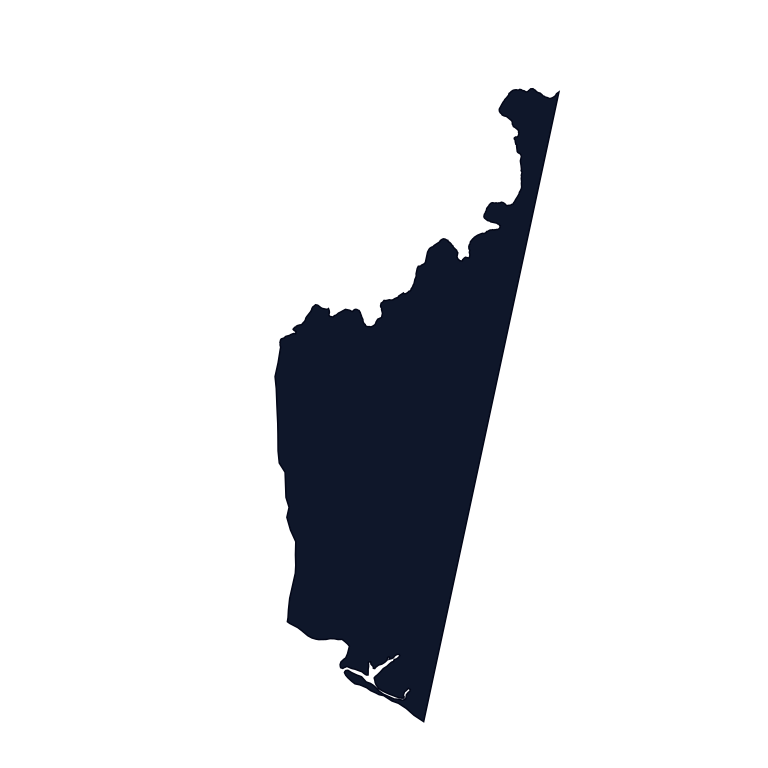 the district of Juan Francisco Bulnes, Gracias a Dios, Honduras, rotated 192°
{"feature_id": "27666195B12686081930969", "entity_name": "Juan Francisco Bulnes", "entity_type": "district", "adm_level": 2, "iso_a3": "HND", "parent_name": "Honduras", "parent_adm1": "Gracias a Dios", "projection": "orthographic", "projection_center": [-84.929, 15.724], "detail": "fine", "context": "isolated", "style": "filled", "palette": "ink", "viewbox_px": 768, "rotation_deg": 192, "n_neighbors": 0, "source": "geoboundaries", "source_scale": "gbopen_adm2", "svg_char_len": 6094}
<svg xmlns="http://www.w3.org/2000/svg" viewBox="0 0 768 768"><g transform="rotate(192 384 384)"><path d="M429.1,131.4L426.4,130.2L422.4,129.1L417.7,127.8L413.5,125.8L406.1,121.9L401.7,120.6L397.6,120.3L394.9,120.4L390.9,121.3L387.6,122.1L383.9,123.7L379.5,124.5L375.8,124.5L371.9,125.5L368.5,123.8L365.7,122.2L363.3,120.3L363.4,117.8L363.5,115.1L363.6,112.5L364.5,108.1L366.0,106.5L368.3,103.2L368.6,100.5L368.1,98.9L367.4,97.5L365.2,97.2L363.9,98.4L362.8,99.1L361.8,99.9L360.7,99.9L358.1,99.3L356.0,99.0L353.0,99.0L348.5,98.3L345.6,97.9L343.8,96.9L341.8,96.0L340.4,95.7L339.1,96.1L339.5,98.4L340.2,101.8L340.3,104.3L340.7,106.1L341.4,108.4L340.3,109.3L339.3,109.6L338.5,107.3L337.3,106.4L335.8,105.4L335.3,103.7L333.9,103.7L333.2,105.2L330.8,108.0L327.9,109.5L325.5,111.8L323.6,114.5L323.6,117.1L322.6,118.3L321.6,117.8L321.8,115.8L319.7,116.9L317.9,118.2L317.2,120.0L315.1,122.2L312.9,122.6L312.0,121.6L312.7,120.0L313.8,118.6L314.7,117.6L316.7,116.6L317.0,114.6L318.8,113.5L320.5,111.3L322.5,108.4L325.5,105.5L327.8,101.4L330.0,98.1L331.7,96.1L332.5,94.4L331.3,92.1L330.6,90.2L329.2,88.1L325.9,85.1L322.9,83.8L319.2,82.8L314.8,81.8L310.8,81.2L307.1,80.6L303.5,80.3L301.3,80.4L299.2,80.9L299.3,82.3L300.3,83.3L300.3,84.7L299.9,87.3L298.7,88.6L297.6,90.3L296.9,91.4L294.7,90.6L294.9,88.8L296.2,87.3L297.5,84.7L297.3,82.9L297.3,80.3L299.9,78.6L304.5,78.6L308.4,78.0L313.6,79.1L319.9,80.4L324.6,82.4L328.9,85.4L331.9,87.1L335.0,88.3L339.5,88.9L345.1,93.0L350.2,93.7L355.7,95.0L359.8,96.5L361.8,95.8L362.5,94.6L362.7,93.5L360.9,91.2L358.3,89.2L353.8,86.5L350.1,84.7L345.1,84.7L337.8,83.3L333.3,81.3L327.8,80.1L324.2,79.1L319.5,79.1L310.3,75.6L303.6,74.7L294.8,71.3L285.6,66.1L275.0,62.0L273.6,706.0L275.6,703.8L276.1,702.1L276.7,701.0L278.4,699.3L280.1,698.1L281.8,697.6L283.4,698.1L286.2,698.2L286.8,698.7L287.9,698.7L289.0,699.3L289.6,699.8L291.8,701.0L293.5,701.0L295.2,701.5L296.3,702.1L296.9,702.7L298.5,703.2L299.7,703.8L301.9,703.2L303.0,701.5L303.6,701.0L304.1,699.9L305.3,699.3L306.4,699.3L307.5,699.9L309.7,699.9L310.9,700.4L312.5,700.4L313.7,699.3L315.9,699.3L317.6,698.7L318.7,698.2L320.4,696.5L321.0,695.4L322.1,694.2L322.1,692.6L323.8,689.2L324.9,687.5L325.4,685.8L326.0,684.7L327.1,681.3L327.7,679.1L328.3,677.4L328.3,676.2L327.7,674.6L327.1,674.0L326.6,673.4L325.5,672.9L324.3,671.7L322.1,671.2L319.9,671.2L315.4,668.9L314.3,668.3L313.7,667.8L313.1,667.2L312.6,665.5L312.6,665.0L312.0,664.4L310.9,662.7L309.2,662.2L305.9,660.5L304.8,659.3L304.8,658.2L304.2,657.6L304.2,654.8L304.8,653.7L305.3,653.1L306.4,653.1L307.6,652.0L307.6,650.9L306.4,649.8L305.9,648.1L304.8,645.8L303.7,645.3L303.7,644.1L302.0,639.1L301.4,638.5L300.3,637.9L299.2,637.9L297.5,636.3L296.9,635.1L297.0,630.6L296.4,628.9L295.3,626.1L294.2,622.7L294.2,621.1L293.0,619.9L293.1,616.6L292.5,615.4L292.5,613.7L291.4,610.4L291.4,609.2L290.8,607.0L290.3,605.3L290.3,603.6L290.8,601.4L291.4,599.7L291.4,598.0L292.5,594.6L293.6,591.8L294.2,589.5L294.8,588.4L295.3,586.7L296.4,586.2L297.6,585.0L298.1,585.0L299.8,584.5L300.9,583.9L302.1,584.5L302.6,585.0L303.7,585.6L305.4,586.2L307.1,586.2L308.2,585.1L309.3,585.1L309.9,584.5L312.1,584.5L313.3,583.9L315.5,583.9L316.6,583.4L317.2,582.8L318.3,581.1L318.3,580.6L320.0,577.2L320.0,574.9L320.5,573.2L320.5,572.1L321.1,571.0L321.1,568.7L320.6,567.6L320.0,567.1L316.6,565.4L314.4,565.4L313.3,564.8L307.1,564.8L306.0,564.2L304.9,564.2L303.8,563.1L303.2,563.1L303.2,560.8L303.8,559.7L304.3,559.2L305.4,558.6L306.0,558.6L307.1,558.0L307.7,558.0L308.2,557.5L309.9,557.5L311.0,556.9L311.6,556.9L312.2,556.4L312.7,556.4L314.4,554.7L315.0,554.7L315.5,554.1L315.5,553.5L316.7,552.4L317.8,551.9L318.9,551.9L320.0,551.3L323.4,549.0L326.2,546.2L326.7,545.1L327.3,544.5L329.0,541.2L329.0,538.9L329.5,537.8L329.6,536.1L329.0,533.9L327.9,532.7L327.9,530.5L326.8,528.2L326.8,525.4L327.3,524.9L330.7,524.9L331.8,523.7L332.4,522.6L332.9,522.0L332.9,520.9L333.5,520.4L335.7,520.4L336.3,520.9L337.4,521.5L338.0,522.0L339.1,523.7L339.1,527.7L340.2,528.8L340.8,529.9L341.9,530.5L343.6,531.6L344.7,532.2L345.2,533.3L346.4,533.9L347.5,535.0L349.1,536.1L350.8,536.7L351.4,537.8L352.5,537.8L354.2,538.4L355.9,538.4L357.0,537.8L358.7,536.1L359.2,534.5L363.7,530.0L364.8,528.3L366.0,527.7L367.6,526.0L368.2,524.3L368.8,522.1L368.8,511.4L369.9,509.7L372.1,508.0L372.7,506.9L374.9,506.3L375.5,504.1L375.5,498.4L375.0,496.8L375.0,495.1L375.5,492.8L375.5,488.3L376.1,486.6L376.1,485.5L376.7,483.8L377.2,482.7L377.2,481.6L377.8,480.4L378.9,479.9L379.5,478.8L381.1,477.1L382.3,476.5L383.4,476.5L383.9,477.1L387.9,473.1L388.4,471.5L389.6,470.9L391.2,469.8L392.9,468.1L394.6,467.5L396.3,467.5L398.5,466.4L400.2,465.8L401.3,465.8L402.4,463.6L403.6,462.5L403.6,459.6L403.0,458.5L401.9,457.4L401.9,456.3L400.2,452.9L400.2,448.4L401.3,447.8L401.9,447.3L403.6,446.1L404.7,442.8L404.7,441.6L405.3,440.0L407.0,438.3L408.6,437.1L410.3,437.1L412.0,436.6L414.2,437.1L414.8,438.3L415.9,438.8L417.0,440.0L417.6,441.1L418.1,442.8L419.8,445.0L420.4,446.2L421.5,447.8L422.1,449.0L422.6,449.5L423.7,450.7L424.3,450.7L426.0,451.2L427.1,451.2L428.2,450.7L428.8,450.1L429.9,448.4L431.0,448.4L432.7,449.0L437.2,449.0L441.7,445.1L443.3,443.9L444.5,442.2L445.6,441.1L446.7,440.6L447.8,438.9L451.2,438.9L451.7,439.4L452.3,440.0L452.3,442.8L452.9,444.5L454.0,446.2L454.5,445.6L455.7,445.1L460.1,445.1L461.8,445.6L462.9,446.2L465.2,447.3L467.4,447.3L469.1,445.1L469.7,444.5L470.2,442.8L470.2,441.7L470.8,439.5L473.6,433.8L474.2,432.1L474.2,430.5L474.7,428.8L475.8,427.1L477.0,424.8L478.6,424.3L480.9,423.1L482.0,422.0L482.0,421.5L482.6,420.9L483.1,420.9L484.3,418.7L483.7,418.1L482.6,417.5L482.0,417.5L481.5,417.0L480.9,417.0L480.9,414.7L482.6,414.7L483.7,414.1L485.4,413.0L486.5,411.9L489.9,410.2L490.4,409.7L491.0,408.5L492.7,407.4L493.8,406.8L494.3,405.7L494.4,402.9L493.8,401.8L493.8,400.7L492.7,398.4L492.7,396.9L492.0,382.8L492.1,368.6L488.4,357.0L483.5,337.7L479.8,323.6L477.4,313.3L473.7,296.5L470.0,284.9L462.4,277.1L456.3,252.7L451.2,243.6L451.3,233.4L445.1,221.7L437.5,211.4L435.1,198.5L432.6,188.2L431.4,180.5L431.7,154.8L430.5,143.2L429.3,135.5L429.1,131.4Z" fill="#0f172a" stroke="#020617" stroke-width="1.5"/></g></svg>